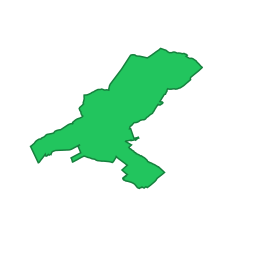 Puscasi, Vaslui, Romania, rotated 149°
{"feature_id": "2599482B69764895612231", "entity_name": "Puscasi", "entity_type": "district", "adm_level": 2, "iso_a3": "ROU", "parent_name": "Romania", "parent_adm1": "Vaslui", "projection": "robinson", "projection_center": [27.64, 46.627], "detail": "fine", "context": "isolated", "style": "filled", "palette": "green", "viewbox_px": 256, "rotation_deg": 149, "n_neighbors": 0, "source": "geoboundaries", "source_scale": "gbopen_adm2", "svg_char_len": 5876}
<svg xmlns="http://www.w3.org/2000/svg" viewBox="0 0 256 256"><g transform="rotate(149 128 128)"><path d="M88.4,189.0L103.3,181.7L120.7,174.7L121.0,174.4L121.9,173.9L124.2,171.5L125.0,170.3L126.4,171.6L128.2,172.4L128.7,172.7L129.9,174.3L130.6,175.0L131.7,175.2L134.0,176.5L137.1,176.8L139.0,176.7L140.2,177.0L142.4,176.9L144.6,177.2L146.1,177.5L147.1,178.0L147.8,178.4L148.7,178.8L149.6,177.3L150.5,175.6L151.7,174.3L153.2,172.9L153.5,172.6L153.6,172.4L153.7,171.6L154.0,171.6L154.5,171.4L154.9,171.2L156.8,170.8L158.0,170.6L158.6,170.5L159.0,170.3L159.8,169.8L160.2,167.8L160.1,166.0L160.6,165.2L160.7,164.8L160.8,164.0L161.0,163.5L161.0,163.1L160.6,161.5L160.7,161.4L162.1,161.1L164.2,161.3L164.5,161.3L165.2,161.6L165.6,161.6L166.8,161.9L167.9,161.9L169.0,161.9L172.6,161.3L172.8,160.7L172.9,160.4L173.0,160.2L173.3,160.2L173.6,160.3L174.0,160.7L174.5,161.0L175.5,161.3L176.5,161.5L177.8,161.6L183.9,161.3L186.7,161.2L187.4,161.6L189.0,162.2L190.4,162.6L191.4,162.7L192.1,162.8L192.6,162.7L194.0,162.1L194.4,162.0L196.4,162.6L200.7,164.2L201.2,164.2L202.1,164.2L202.5,164.0L203.3,163.8L204.5,163.6L205.0,163.6L205.5,163.7L207.5,163.9L208.2,163.5L208.6,163.5L208.9,163.7L209.7,164.2L210.2,164.3L211.8,164.3L213.3,164.2L214.2,164.0L214.9,163.7L216.2,163.1L217.5,162.9L218.7,162.7L220.0,162.4L220.9,162.5L221.0,162.5L222.8,144.4L222.1,144.3L221.1,144.6L218.8,145.6L217.1,146.2L215.1,147.0L214.1,147.3L212.5,148.1L213.0,146.5L212.1,145.8L209.9,146.4L209.6,145.4L207.7,145.3L207.6,145.0L205.9,146.4L205.6,146.5L204.4,146.6L203.8,146.5L202.2,146.2L201.6,146.0L200.8,145.6L190.0,139.7L189.1,139.3L187.8,139.0L186.9,138.9L178.4,138.5L178.4,138.3L179.3,138.3L180.1,138.2L180.6,138.1L180.4,138.0L180.2,137.6L180.2,137.4L180.3,137.0L180.5,136.1L181.1,132.0L181.3,131.1L192.2,131.7L192.3,131.2L192.2,130.9L192.2,130.6L192.9,128.1L193.1,127.5L193.0,127.3L191.0,127.2L189.1,127.1L187.9,127.0L185.4,127.0L184.5,126.9L183.5,126.9L180.3,126.6L180.1,126.5L179.1,125.5L178.6,124.8L177.6,123.5L175.9,121.9L174.9,120.4L174.3,119.8L172.6,118.4L172.4,118.1L171.9,116.9L171.5,116.4L170.9,115.7L169.4,114.6L167.4,113.0L165.7,112.0L161.8,109.1L160.6,108.1L159.2,106.5L158.2,106.6L157.3,107.0L156.8,107.2L156.5,107.4L156.2,107.6L155.0,108.2L153.9,108.7L152.8,109.6L152.6,108.7L152.0,106.9L151.6,105.8L151.0,104.5L150.2,102.5L148.8,99.1L148.4,97.9L147.8,96.5L154.8,95.1L154.6,94.5L154.3,93.3L153.6,91.2L153.3,90.2L152.5,88.5L155.7,88.1L155.4,87.8L157.6,87.8L158.3,87.7L158.4,87.3L158.0,86.7L158.3,86.6L158.6,86.4L158.5,85.8L158.4,85.8L157.8,84.9L157.4,84.0L156.1,82.8L155.5,82.3L154.8,81.5L153.2,79.8L152.0,78.0L151.8,77.5L151.4,76.9L151.2,76.3L151.1,75.5L150.9,74.2L150.7,72.7L150.6,72.0L149.4,70.4L149.2,70.3L148.9,70.4L148.4,70.5L148.1,70.5L147.8,70.2L147.5,70.1L146.5,70.3L146.2,70.0L146.1,69.6L145.1,68.2L143.0,68.5L142.9,68.4L142.1,67.0L138.1,67.4L134.4,68.0L132.7,68.3L130.9,68.8L130.3,69.2L129.5,69.6L128.7,69.9L122.8,70.6L119.6,71.1L120.1,73.1L121.8,78.8L121.9,79.0L122.2,79.0L122.3,79.5L123.1,80.9L124.1,82.9L124.5,83.4L124.8,83.9L125.5,84.7L125.6,85.2L126.2,86.1L126.9,87.0L127.1,87.1L127.4,87.2L127.5,87.3L127.4,87.5L127.6,88.2L127.9,88.5L128.4,89.1L128.4,89.4L128.2,90.3L128.9,93.0L129.1,93.5L129.7,94.9L130.1,95.4L130.4,96.2L131.1,97.5L131.5,97.5L132.0,98.3L132.2,99.0L132.3,99.1L132.4,99.3L132.7,99.7L133.0,100.2L133.1,100.4L133.4,100.8L133.9,101.5L134.2,101.7L134.1,102.3L134.1,102.5L134.6,103.4L134.9,103.6L135.1,104.0L135.0,104.6L135.0,105.0L135.3,105.7L135.6,106.1L135.8,106.7L136.2,107.2L136.3,107.5L136.2,107.6L136.4,108.5L136.8,109.1L137.1,109.3L137.2,109.8L137.2,110.1L137.1,110.5L137.2,111.0L134.6,111.5L133.7,111.7L134.5,113.1L137.0,117.7L136.3,118.0L134.4,117.0L131.7,116.2L131.9,115.6L127.8,114.2L127.8,113.7L126.6,113.7L126.6,114.4L124.0,113.9L124.0,114.9L124.6,114.9L124.9,114.9L126.3,115.4L128.2,116.1L127.5,119.5L126.1,126.0L126.9,126.3L127.2,126.5L125.5,128.2L125.2,128.3L124.7,128.3L124.3,128.2L123.8,128.5L123.7,128.6L123.2,128.4L121.3,129.1L120.0,129.4L119.6,129.3L118.5,128.6L117.8,128.4L117.2,128.2L116.6,128.2L115.8,128.0L114.0,128.2L113.4,128.2L111.7,127.7L110.9,127.4L110.4,127.0L110.1,126.9L109.5,126.7L109.0,126.7L108.1,126.8L106.9,127.3L105.7,127.5L105.1,127.4L104.7,127.5L102.7,127.9L101.6,128.0L100.3,128.0L99.4,128.0L98.4,128.7L97.8,128.8L97.4,129.0L97.0,129.2L96.8,129.4L96.3,129.6L95.2,130.3L94.5,130.6L93.0,131.4L90.1,132.7L90.1,132.4L90.0,132.1L89.6,131.7L88.9,131.6L88.6,131.5L88.5,131.3L88.5,131.2L87.7,131.2L87.3,131.4L87.1,131.4L86.7,131.2L86.2,131.3L85.1,131.6L85.1,132.1L85.2,132.6L85.7,133.0L87.1,134.2L83.1,136.3L81.3,137.2L80.6,137.6L79.6,138.0L79.4,138.0L79.2,138.0L78.7,137.8L78.5,137.7L77.9,138.1L77.1,138.8L76.6,139.0L76.4,139.3L76.2,139.3L75.9,139.3L75.7,139.5L75.5,139.8L75.0,140.4L74.6,140.7L74.4,140.9L74.2,141.0L73.6,141.2L73.2,140.5L72.7,140.1L70.9,139.0L69.9,138.6L68.1,137.8L67.5,137.0L65.8,136.2L63.7,135.9L62.6,135.5L58.8,135.6L57.4,135.8L55.9,136.1L51.8,136.8L50.7,136.9L50.0,137.1L49.5,137.2L49.5,137.5L49.3,137.9L48.7,138.7L48.2,139.1L44.5,139.7L41.6,140.1L40.9,140.2L38.1,140.6L33.3,141.6L33.3,141.8L33.2,142.0L33.6,142.9L33.9,144.3L34.2,146.2L34.9,148.8L35.0,149.4L35.0,150.2L35.2,150.8L36.1,152.6L36.6,153.8L37.1,154.5L38.0,155.3L39.0,155.7L39.5,156.1L40.4,157.6L40.8,158.7L41.1,159.1L41.3,159.5L39.7,159.9L40.4,161.6L40.9,161.6L41.4,162.9L41.9,163.2L42.8,163.6L43.3,163.7L44.2,164.8L45.8,166.1L47.3,166.9L47.7,167.4L48.1,168.1L48.9,169.0L50.1,169.8L51.3,170.0L52.0,170.2L53.1,170.9L53.8,171.3L54.0,171.7L54.2,172.1L54.4,172.5L54.8,173.0L55.0,174.1L55.6,175.4L55.8,175.6L56.3,176.0L56.5,176.3L56.8,176.7L57.1,177.0L57.4,177.5L58.4,178.6L59.0,179.4L60.1,179.3L60.9,179.0L61.3,179.0L65.2,178.8L67.6,178.5L68.3,178.5L70.2,178.3L75.3,178.1L77.9,180.6L81.1,183.6L82.5,184.5L83.5,185.3L84.0,185.9L84.3,186.8L84.6,187.2L86.0,188.2L87.0,188.7L88.0,189.0L88.4,189.0Z" fill="#22c55e" stroke="#15803d" stroke-width="1.5"/></g></svg>